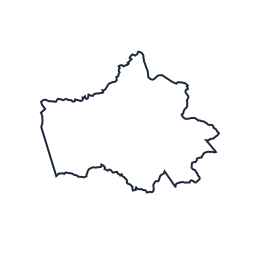 the district of Lagoa do Tocantins, Tocantins, Brazil, rotated 115°
{"feature_id": "56859067B37733524281013", "entity_name": "Lagoa do Tocantins", "entity_type": "district", "adm_level": 2, "iso_a3": "BRA", "parent_name": "Brazil", "parent_adm1": "Tocantins", "projection": "natural_earth1", "projection_center": [-47.496, -10.345], "detail": "fine", "context": "isolated", "style": "outline", "palette": "slate", "viewbox_px": 256, "rotation_deg": 115, "n_neighbors": 0, "source": "geoboundaries", "source_scale": "gbopen_adm2", "svg_char_len": 3490}
<svg xmlns="http://www.w3.org/2000/svg" viewBox="0 0 256 256"><g transform="rotate(115 128 128)"><path d="M201.9,172.7L199.7,171.8L198.5,171.5L197.6,169.6L196.6,168.1L196.6,166.4L194.8,165.8L194.4,164.4L193.7,162.3L192.9,159.3L193.2,156.7L192.6,154.7L193.1,152.4L191.8,149.1L191.5,147.3L189.3,145.2L188.0,145.8L186.4,145.8L185.1,146.2L183.3,146.2L181.5,145.8L179.8,144.4L178.4,143.2L177.9,141.4L176.7,139.2L175.6,137.5L174.4,135.9L172.4,136.6L172.5,134.2L173.6,132.1L175.2,131.8L175.0,130.3L175.2,128.4L173.6,127.5L173.5,125.7L174.3,124.1L174.8,122.6L173.6,121.4L172.4,119.4L173.6,118.2L173.6,116.2L174.3,115.0L172.6,114.2L174.1,112.7L174.2,110.5L174.8,109.4L175.2,107.9L176.4,106.4L178.1,105.9L178.6,104.2L178.2,102.3L178.8,100.9L179.3,99.1L181.0,98.6L182.6,97.0L181.5,96.1L180.9,94.8L179.5,95.5L178.4,95.5L179.0,94.1L178.9,91.9L177.7,90.3L177.8,88.2L177.1,86.2L177.5,84.9L178.5,83.5L177.2,82.0L176.5,81.0L176.3,79.5L175.3,78.6L173.6,78.4L171.8,79.3L170.1,80.2L169.0,81.0L167.6,81.0L166.2,80.8L164.5,80.4L163.3,78.0L161.4,78.1L159.3,78.4L158.1,78.5L156.6,78.1L154.1,76.4L151.8,76.5L161.6,59.7L159.6,60.9L158.2,60.6L156.9,59.6L155.2,57.6L153.9,55.8L153.4,53.1L152.4,51.5L151.4,49.1L150.2,49.3L148.6,48.5L148.5,46.3L149.1,44.4L148.3,43.2L146.3,42.4L144.0,41.5L142.4,42.3L141.6,44.3L139.7,46.3L139.2,47.7L137.9,49.1L137.9,51.9L137.2,53.5L135.0,54.4L132.9,55.2L131.2,54.1L130.4,52.5L128.2,52.0L126.7,52.6L124.7,50.7L123.6,48.8L122.0,49.1L120.7,48.6L119.1,48.7L117.9,47.9L116.5,46.5L115.4,44.8L115.0,43.4L114.1,42.2L113.7,39.6L112.6,38.2L111.4,40.5L106.1,52.0L105.5,50.4L104.5,49.3L103.3,49.0L101.5,46.3L100.4,45.7L98.8,45.1L97.4,44.1L95.4,43.6L94.3,43.4L93.4,45.8L92.0,47.7L91.6,50.6L90.5,51.3L89.8,52.7L90.1,54.2L91.0,55.4L91.0,57.2L90.4,58.7L90.4,60.1L90.0,61.9L90.8,64.6L90.8,66.3L91.6,67.5L90.9,69.5L90.8,72.1L91.7,74.0L93.5,76.5L94.4,77.7L95.4,79.9L95.2,81.8L94.5,83.3L93.2,85.1L91.7,84.1L89.5,84.6L88.1,84.7L85.7,84.1L84.4,83.6L83.2,83.5L82.1,84.1L79.7,85.1L78.4,86.3L76.0,86.2L74.6,86.3L73.5,87.1L72.7,88.6L71.4,90.9L69.9,91.6L68.6,91.4L67.6,90.2L66.1,91.1L65.5,92.3L64.3,91.8L63.8,93.3L63.3,95.1L64.2,99.2L65.0,100.9L65.5,102.3L67.4,103.0L67.5,107.6L65.7,119.5L67.4,122.5L68.4,123.3L69.9,123.9L72.8,125.1L73.8,126.2L74.1,127.8L73.9,129.5L73.1,131.3L70.5,132.7L68.1,134.2L66.4,136.0L64.5,138.0L63.1,139.2L61.9,140.4L60.9,141.6L59.6,142.3L57.9,143.7L56.6,144.2L55.6,145.0L54.7,146.2L54.1,147.7L54.2,149.6L54.7,151.1L56.9,150.8L59.3,152.1L59.3,153.7L59.5,155.2L61.6,155.9L63.8,156.1L64.3,153.9L66.4,154.8L67.9,155.2L69.0,155.9L69.5,154.6L71.1,155.3L72.4,156.9L74.0,158.0L73.6,160.3L75.0,161.9L76.1,162.5L77.4,160.7L78.7,161.1L80.0,160.7L81.2,159.1L83.2,159.4L84.7,158.7L85.8,159.1L86.7,160.1L89.4,158.4L91.3,159.1L92.3,160.3L92.9,161.4L94.6,162.8L95.9,164.0L97.5,164.3L100.0,164.6L102.5,164.9L104.1,165.8L104.5,167.1L106.3,165.6L107.2,166.5L108.4,168.2L109.6,170.2L110.4,171.6L111.2,172.8L112.5,173.3L113.7,173.4L114.4,175.6L114.4,177.9L115.7,177.5L117.0,177.1L118.3,177.0L119.2,177.8L119.0,179.1L117.5,180.3L118.8,180.8L119.5,182.0L120.5,181.0L122.4,181.2L123.5,182.2L123.9,184.9L124.5,188.0L126.6,187.7L127.4,189.5L126.8,191.3L127.8,193.8L127.7,196.3L130.3,198.7L130.3,200.9L131.2,203.8L134.8,204.5L135.8,208.1L137.2,210.9L137.2,212.9L137.3,215.1L138.9,216.9L141.1,217.8L143.4,215.6L144.1,214.1L144.9,212.8L145.8,211.1L148.1,212.1L151.0,213.4L153.1,210.9L154.8,210.1L157.4,208.6L160.8,207.4L163.4,207.2L165.4,205.6L201.9,172.7Z" fill="none" stroke="#1e293b" stroke-width="2"/></g></svg>